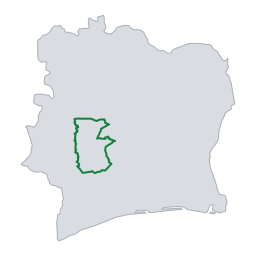 location of Haut-Sassandra, Haut-Sassandra, Ivory Coast
{"feature_id": "98640826B13622385448205", "entity_name": "Haut-Sassandra", "entity_type": "district", "adm_level": 2, "iso_a3": "CIV", "parent_name": "Ivory Coast", "parent_adm1": "Haut-Sassandra", "projection": "orthographic", "projection_center": [-6.803, 7.032], "detail": "fine", "context": "in_parent", "style": "outline", "palette": "green", "viewbox_px": 256, "rotation_deg": 0, "n_neighbors": 0, "source": "geoboundaries", "source_scale": "gbopen_adm2", "svg_char_len": 7621}
<svg xmlns="http://www.w3.org/2000/svg" viewBox="0 0 256 256"><path d="M43.1,35.1L44.2,35.1L46.8,34.3L49.3,32.5L51.6,28.8L54.6,25.8L58.1,26.0L59.1,25.5L60.3,25.4L61.7,27.4L63.2,28.9L64.2,28.9L65.0,31.8L71.3,33.0L74.0,33.7L76.2,35.8L77.0,35.9L78.0,35.4L78.7,34.7L78.9,33.9L77.9,32.0L78.3,30.4L79.4,28.8L81.0,28.8L83.4,28.3L86.2,28.3L88.3,28.6L89.1,27.1L88.3,22.9L88.5,20.5L88.9,18.6L89.7,17.8L92.8,20.2L95.6,21.1L97.7,21.2L98.2,20.7L97.4,18.0L97.6,17.2L98.3,16.7L99.7,16.5L103.3,15.4L103.7,15.6L104.4,19.8L104.1,21.2L104.8,24.1L105.8,26.8L105.7,27.9L104.9,29.5L104.0,31.1L104.1,31.7L105.6,32.7L108.4,33.8L111.2,34.0L112.8,32.5L114.5,31.2L115.6,30.1L116.0,28.4L117.9,27.1L123.1,25.6L127.8,25.3L129.0,25.8L131.2,28.2L133.9,29.8L138.1,29.6L141.1,30.5L143.8,32.3L145.5,36.3L147.5,39.2L148.3,43.3L151.4,45.4L153.8,46.4L157.0,49.4L160.4,50.9L163.8,50.5L165.5,52.1L168.0,53.2L170.6,53.2L172.9,49.8L175.8,48.4L183.4,45.6L186.4,44.3L189.4,43.5L196.7,43.2L203.5,44.0L206.8,44.6L209.1,44.2L211.3,45.8L213.6,49.2L215.5,50.3L217.4,51.4L218.8,54.1L220.5,56.8L221.4,58.0L223.5,60.6L225.2,60.7L226.9,59.5L227.7,58.6L228.0,60.4L227.4,63.2L227.5,65.0L228.5,65.7L228.0,67.9L226.0,71.8L226.1,74.1L228.0,74.8L229.5,77.2L230.4,81.3L231.3,82.7L231.3,83.5L232.9,93.5L234.8,103.6L233.7,104.9L232.1,105.3L231.1,105.8L230.8,106.7L231.5,108.1L231.1,109.3L229.2,110.2L225.0,113.4L224.7,114.7L223.6,117.4L222.7,119.1L221.3,122.2L219.2,130.4L218.4,137.1L218.3,139.2L217.5,140.7L216.6,142.8L212.0,148.6L209.7,153.3L210.0,155.4L210.1,157.5L209.4,159.0L209.6,163.0L210.2,166.3L211.0,169.6L214.4,178.8L216.2,184.5L217.3,189.0L218.3,192.0L219.2,193.3L219.6,194.4L224.5,195.2L225.5,195.9L226.9,201.8L226.7,204.5L225.7,205.5L225.8,207.8L225.6,210.6L224.8,211.7L222.1,211.9L220.2,213.0L217.7,212.6L217.5,211.9L216.1,211.6L212.4,210.1L213.0,204.9L211.3,204.7L210.0,205.4L207.4,211.6L206.1,212.7L187.7,209.6L183.7,207.1L178.9,206.5L170.6,206.9L163.7,207.7L161.8,209.2L179.1,208.2L181.0,208.4L181.9,209.3L159.9,211.5L151.5,212.7L149.0,212.4L147.2,210.4L138.0,210.2L136.2,210.9L135.0,212.3L138.6,212.0L144.3,211.9L145.8,213.0L128.1,214.5L115.8,217.3L110.6,219.4L93.5,226.2L83.0,229.3L80.3,230.5L75.5,233.8L69.4,235.9L62.5,239.8L58.3,240.6L57.4,239.4L57.3,232.8L56.7,224.0L56.9,220.7L57.5,217.5L57.5,214.9L59.6,213.9L60.1,212.8L60.5,209.4L62.4,206.2L62.4,200.8L63.0,199.7L63.5,198.3L62.6,194.7L61.6,188.0L61.0,187.5L60.6,187.8L59.5,187.9L55.2,185.6L51.9,185.2L49.5,183.2L49.4,181.0L48.2,179.6L47.5,177.0L46.3,174.0L43.0,172.2L40.0,171.8L37.8,172.1L35.2,172.0L32.3,171.0L30.3,169.9L28.4,167.7L26.6,165.9L25.2,166.1L23.5,165.7L21.8,164.9L21.2,164.3L28.3,157.3L30.8,153.9L31.0,151.9L31.1,149.7L31.8,147.6L32.1,144.3L28.2,132.3L27.2,128.6L26.1,127.6L25.5,127.1L27.4,125.6L30.2,126.0L34.4,127.2L35.3,126.1L38.5,120.0L38.4,117.8L38.1,116.2L40.0,112.1L41.5,110.5L42.2,108.8L42.0,106.5L40.9,105.6L39.4,105.7L37.7,105.2L35.0,103.8L33.6,102.6L34.1,97.1L34.3,95.4L35.3,94.5L36.7,94.2L40.9,94.1L44.3,94.7L47.2,95.1L48.8,95.1L50.0,96.7L51.7,98.3L53.2,98.3L53.8,97.1L53.4,91.7L52.4,88.9L50.2,86.1L44.4,83.8L44.2,80.5L44.8,76.9L46.1,75.6L50.4,73.4L49.7,72.2L48.3,70.9L45.6,69.6L46.2,65.3L46.3,61.5L44.0,62.0L41.6,62.2L39.6,61.0L38.0,58.7L37.7,52.4L37.7,45.0L37.4,41.8L38.0,40.1L40.1,38.5L42.3,36.5L43.1,35.1ZM215.3,212.7L214.4,214.1L209.7,213.2L210.8,212.0L215.3,212.7Z" fill="#d9dde1" stroke="#a8b0b8" stroke-width="1"/><path d="M104.1,119.4L100.9,119.5L99.7,119.7L96.4,121.0L91.6,118.9L91.0,118.7L83.8,118.7L77.6,118.6L75.9,118.8L74.8,118.9L74.8,119.1L74.7,119.3L74.8,119.5L74.7,119.7L74.8,119.8L74.7,120.2L74.9,120.6L74.9,120.8L74.9,121.2L74.9,121.3L74.8,121.6L75.0,121.5L75.1,121.8L75.1,122.0L75.1,122.4L75.0,122.5L74.9,122.6L74.8,122.9L75.0,123.4L75.2,123.6L75.3,123.8L75.3,124.0L75.2,124.2L75.2,124.3L75.4,124.6L75.5,124.7L75.6,124.8L75.8,124.9L76.1,125.4L76.4,125.4L76.7,125.2L76.8,125.2L77.0,125.3L77.1,125.5L77.5,126.0L77.8,126.2L77.9,126.3L78.0,126.3L78.0,126.5L78.0,126.8L78.1,127.1L78.1,127.3L77.7,127.4L77.4,127.4L77.1,127.3L76.9,127.4L76.7,127.4L76.7,127.5L76.4,127.7L76.2,127.8L76.1,128.0L76.1,128.3L76.3,128.4L76.5,128.7L76.7,129.0L76.8,129.1L76.7,129.4L76.6,129.6L76.7,129.8L76.8,130.1L76.9,130.3L77.0,130.4L77.1,130.6L77.3,130.8L77.5,130.8L77.5,131.0L77.4,131.4L77.2,131.6L77.2,131.8L76.9,132.0L76.4,132.0L76.2,132.1L75.9,132.3L75.9,132.6L76.0,132.6L76.0,132.9L75.7,133.0L75.5,133.3L75.2,133.4L74.9,133.5L74.7,133.7L74.7,133.8L75.0,134.2L75.1,134.4L75.4,134.9L75.5,135.1L75.5,135.4L75.4,135.7L75.2,136.2L75.2,136.5L75.3,136.6L75.4,136.9L75.3,137.2L75.2,137.4L75.1,137.6L75.2,138.1L75.1,138.5L75.0,138.8L75.1,139.3L75.3,139.7L75.4,139.8L75.3,140.1L75.1,140.1L74.9,140.2L74.6,140.4L74.5,140.5L74.7,140.9L74.9,141.0L75.0,141.1L75.3,141.1L75.6,141.6L75.7,141.8L75.5,142.0L75.4,142.1L75.4,142.3L75.5,142.7L75.5,142.8L75.5,143.0L75.8,143.3L75.8,143.5L76.0,143.6L76.1,143.8L75.8,144.5L75.7,144.7L75.8,144.9L75.6,145.3L75.6,145.8L75.6,146.0L75.5,146.4L75.4,146.6L75.4,146.9L75.4,147.0L75.5,147.1L75.6,147.8L75.5,148.1L75.5,148.3L75.4,148.5L75.3,148.8L75.4,149.2L75.5,149.3L75.9,149.7L76.0,149.7L76.1,149.8L76.2,150.0L76.1,150.3L76.1,150.6L76.0,150.8L75.9,150.9L75.6,151.0L75.4,151.4L75.5,151.5L75.5,151.9L75.5,152.1L75.5,152.3L75.4,152.4L75.5,152.5L75.9,152.7L76.0,152.8L76.5,152.9L76.8,152.9L77.0,152.9L77.2,153.0L77.3,153.0L77.5,153.2L77.5,153.3L77.8,153.9L77.7,154.1L77.8,154.2L77.9,154.3L77.9,154.6L77.7,154.9L77.7,155.0L77.8,155.1L78.0,155.4L78.0,155.6L78.2,155.8L78.2,156.1L78.1,156.5L77.9,156.7L77.9,156.8L78.3,157.0L78.5,157.1L78.5,157.3L78.4,157.5L78.2,157.8L77.9,158.0L77.9,158.3L77.9,158.5L78.1,158.9L78.2,159.2L78.1,159.6L78.0,160.0L78.0,160.3L77.9,160.5L77.7,160.8L77.3,161.1L76.9,161.4L76.8,161.5L76.8,161.9L76.9,162.0L77.1,162.2L77.3,162.3L77.6,162.4L77.7,162.5L77.6,162.8L77.8,162.6L78.1,162.7L78.3,162.9L78.3,163.0L78.4,163.4L78.6,163.6L78.7,163.8L78.9,164.0L79.1,164.8L79.2,165.1L79.2,165.4L79.0,165.5L78.8,165.7L78.8,165.8L78.6,165.8L78.5,166.0L78.4,166.1L78.1,166.1L77.9,166.1L77.7,166.0L77.4,166.1L77.4,166.4L77.5,166.5L77.8,166.6L78.0,166.6L78.2,166.8L78.3,167.2L78.3,167.4L78.3,167.5L79.9,169.1L80.6,170.0L81.2,170.9L82.2,172.4L82.3,172.6L82.5,172.6L83.4,172.7L84.3,172.7L85.8,172.5L86.8,172.3L87.7,172.1L88.5,172.0L88.8,171.9L89.8,171.8L90.0,171.9L91.1,171.8L92.0,171.1L94.9,173.1L96.0,172.8L97.3,172.0L97.5,172.0L97.7,171.9L97.8,171.9L98.1,171.9L99.5,171.7L101.0,171.4L101.1,171.0L101.8,170.2L105.2,170.5L110.7,164.6L111.1,164.3L111.2,164.2L111.3,164.0L111.3,163.9L111.3,163.7L109.9,162.8L109.0,162.2L109.1,160.3L108.6,160.0L108.5,159.8L108.6,159.6L108.6,159.4L108.6,159.1L108.2,158.3L106.5,156.1L106.3,153.4L105.2,150.7L105.6,147.2L106.2,146.5L112.6,142.5L112.7,141.3L114.9,141.0L114.9,140.9L114.5,140.8L114.4,140.8L113.7,140.5L113.5,140.4L113.3,140.3L113.1,140.4L112.5,140.0L112.2,140.0L111.7,139.8L111.3,139.6L111.0,139.6L110.9,139.5L110.8,139.4L110.7,139.4L110.4,139.2L110.2,139.3L110.1,139.0L109.9,139.0L109.8,138.9L109.5,138.9L109.2,138.6L108.8,138.5L108.8,138.4L108.7,138.4L108.6,138.2L108.5,137.8L108.5,137.7L108.8,137.6L108.7,137.4L108.4,137.3L108.2,137.0L108.1,136.9L107.8,136.6L106.3,137.5L105.3,137.5L105.3,138.8L102.9,138.8L100.4,138.4L100.0,138.2L97.2,138.5L97.2,138.3L100.4,131.4L100.8,130.9L101.0,129.6L101.1,128.8L108.8,124.5L108.6,124.3L108.4,124.2L108.0,124.0L107.8,123.9L107.4,123.8L107.0,123.8L106.9,123.8L106.7,123.7L106.4,123.3L106.1,123.1L105.9,123.1L105.7,122.9L105.3,122.8L105.2,122.8L105.1,122.7L105.1,122.3L105.1,122.2L105.1,121.9L105.1,121.6L105.2,121.2L104.9,121.0L104.8,120.8L104.4,120.4L104.3,120.2L104.3,119.9L104.4,119.6L104.2,119.5L104.2,119.4L104.1,119.4Z" fill="none" stroke="#15803d" stroke-width="2"/></svg>